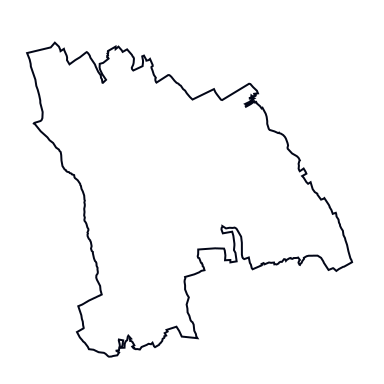 outline of Voinesti, Vaslui, Romania, rotated 176°
{"feature_id": "2599482B92497784274092", "entity_name": "Voinesti", "entity_type": "district", "adm_level": 2, "iso_a3": "ROU", "parent_name": "Romania", "parent_adm1": "Vaslui", "projection": "mercator", "projection_center": [27.426, 46.554], "detail": "fine", "context": "isolated", "style": "outline", "palette": "ink", "viewbox_px": 384, "rotation_deg": 176, "n_neighbors": 0, "source": "geoboundaries", "source_scale": "gbopen_adm2", "svg_char_len": 5984}
<svg xmlns="http://www.w3.org/2000/svg" viewBox="0 0 384 384"><g transform="rotate(176 192 192)"><path d="M345.0,271.3L343.9,270.6L338.7,263.1L332.4,256.6L330.4,253.5L327.1,250.6L324.5,245.8L321.8,243.6L321.3,242.3L320.2,241.0L319.9,238.0L320.0,232.5L319.4,226.9L317.5,223.4L316.3,222.6L316.2,222.0L315.1,220.9L313.2,220.3L312.6,219.4L311.4,219.0L310.8,218.6L310.6,218.0L308.4,217.1L308.2,214.9L307.8,214.1L305.2,211.7L303.0,207.9L302.9,206.7L302.4,205.9L302.0,202.8L300.9,200.2L299.8,196.0L299.8,191.8L299.5,191.0L300.1,189.0L299.8,187.4L299.9,185.6L300.7,182.7L300.6,179.5L301.2,176.2L300.7,173.9L301.3,171.8L301.2,170.7L300.1,169.0L299.5,167.4L298.8,163.9L298.0,162.4L298.0,161.2L299.1,158.8L298.7,157.8L299.2,156.8L299.2,155.2L298.3,152.7L296.9,150.8L296.9,150.2L296.4,149.2L295.9,145.0L296.7,142.5L296.1,140.2L295.0,139.0L295.2,138.1L294.4,132.6L293.6,130.0L292.7,128.9L292.3,127.7L292.3,125.0L291.5,122.9L291.7,121.4L291.5,118.7L291.8,117.3L293.2,115.5L293.5,113.2L293.0,111.2L290.2,104.7L290.1,100.5L289.2,96.0L302.3,90.9L309.3,87.4L313.4,86.0L311.0,76.8L310.7,73.1L310.0,70.3L309.9,66.7L309.5,64.0L309.6,63.6L316.5,60.3L314.0,54.7L311.6,51.5L311.2,50.7L309.4,49.0L306.7,44.8L305.8,42.4L301.2,41.5L296.3,38.7L291.1,37.7L289.5,36.6L287.2,34.1L286.3,33.5L283.7,33.5L282.1,33.9L277.9,34.3L275.9,37.0L278.4,38.7L278.4,39.0L275.9,39.2L275.3,42.3L274.7,43.0L274.8,45.5L275.4,48.9L275.2,49.9L271.0,48.8L272.1,43.8L273.4,41.5L270.2,41.4L269.7,45.3L268.5,47.7L267.0,48.7L266.2,52.0L265.5,53.1L263.0,49.9L264.3,49.6L263.9,48.5L264.1,47.8L262.8,47.4L261.8,46.4L260.2,43.0L262.4,41.9L261.6,40.7L260.6,40.5L260.7,39.9L259.4,39.2L257.3,39.1L255.0,38.5L253.1,40.9L247.9,42.6L245.9,43.6L243.5,43.0L241.9,44.4L240.6,40.7L239.7,39.8L235.4,41.9L234.8,43.0L234.0,43.4L232.1,45.5L231.5,47.6L229.9,48.4L229.6,49.0L229.7,50.0L227.8,50.6L229.1,53.1L226.1,54.5L227.0,56.2L216.9,58.7L214.5,54.3L212.3,48.5L196.8,45.8L197.8,47.7L198.0,50.0L199.4,53.4L199.6,59.6L200.6,62.1L201.6,62.9L202.4,64.3L203.3,68.8L204.8,72.2L204.7,76.0L205.2,80.1L202.5,87.1L204.1,90.2L205.7,95.3L205.4,99.2L205.7,102.9L205.4,104.8L204.7,106.2L204.9,107.7L195.4,109.7L190.4,111.4L188.1,112.7L185.0,113.1L185.6,116.1L186.6,117.5L186.4,118.3L187.1,120.2L187.4,120.1L188.0,120.9L189.4,125.5L190.5,126.0L190.8,127.5L190.2,129.5L189.8,134.2L173.0,134.2L164.0,133.3L163.4,131.4L163.1,126.4L163.8,121.6L158.5,121.5L158.6,119.1L152.3,119.7L152.9,128.3L154.2,131.1L153.4,135.8L153.3,137.5L153.8,145.5L154.5,148.8L154.7,149.6L164.1,148.6L165.2,152.4L165.0,154.0L164.2,155.0L164.1,155.9L160.6,153.3L157.0,153.7L154.0,153.3L151.9,153.5L150.3,152.4L149.8,151.6L146.1,144.0L145.8,137.9L146.6,125.9L146.3,123.5L145.8,122.4L144.6,121.4L139.9,122.7L139.2,117.2L138.3,115.4L137.7,111.9L136.9,110.7L128.3,113.7L128.4,113.9L127.1,114.4L127.5,115.4L125.5,116.1L124.7,114.8L120.1,116.3L118.0,115.8L115.1,115.9L114.9,114.1L113.8,114.2L112.6,113.8L110.8,114.6L110.0,115.5L108.7,116.2L107.2,116.0L104.8,118.6L103.6,118.2L103.1,116.8L102.5,117.5L99.4,119.1L98.1,119.3L97.7,118.6L96.3,118.3L95.3,119.0L91.7,118.9L90.7,119.2L89.1,116.7L90.2,115.4L90.7,114.0L89.8,111.9L89.4,111.7L88.7,112.9L87.5,113.8L86.9,115.2L84.9,117.5L85.0,118.5L82.2,119.9L79.9,120.3L71.1,119.7L67.8,117.3L65.8,113.5L65.4,112.2L61.2,104.7L56.6,106.2L56.0,105.8L53.5,103.2L50.8,104.9L46.5,106.8L45.5,106.9L37.2,110.8L37.7,112.9L38.6,114.8L40.1,122.0L41.0,128.4L42.3,133.3L42.6,135.3L43.9,138.4L44.2,142.8L45.6,145.3L46.6,147.8L46.7,149.3L47.5,151.2L47.8,154.3L49.5,157.4L49.7,160.1L50.0,161.2L53.1,160.4L54.2,164.3L55.7,167.2L55.6,167.4L56.3,169.4L60.4,176.7L61.2,176.1L63.8,175.4L67.1,180.7L67.1,181.6L69.5,183.3L71.4,186.4L73.0,193.5L75.6,192.1L77.2,193.9L79.6,198.5L81.0,200.2L76.6,202.3L77.3,204.3L79.0,207.6L83.0,205.2L83.5,206.1L84.0,207.8L83.5,210.8L83.7,212.7L82.6,215.8L82.2,216.0L83.2,218.4L83.8,219.2L84.9,220.4L89.5,223.5L93.5,228.5L93.6,229.6L92.9,231.8L93.3,234.2L94.6,238.7L95.5,240.5L97.0,242.4L99.2,244.0L100.8,244.6L101.0,245.1L102.0,244.8L105.5,246.7L110.2,248.5L111.0,249.6L112.2,254.7L112.0,257.5L112.3,261.9L113.0,264.9L115.8,271.1L116.7,270.5L118.1,272.8L121.1,275.8L121.7,277.3L122.8,276.8L123.3,278.0L127.3,275.6L132.2,273.3L132.4,273.8L131.4,274.2L131.2,274.9L129.0,275.6L124.9,278.2L125.1,279.1L131.9,275.4L132.8,276.1L128.3,277.9L126.8,279.1L124.4,280.0L124.3,280.7L123.4,281.1L124.2,281.6L127.8,281.2L127.8,281.8L125.2,282.0L125.4,282.4L126.8,282.3L125.6,282.8L126.2,283.0L126.0,284.1L125.2,283.3L122.4,283.3L121.8,283.6L121.6,284.2L121.8,284.5L122.9,284.5L123.1,285.6L119.3,285.8L120.2,288.5L123.7,292.3L126.2,295.6L127.5,296.0L155.5,281.6L156.7,282.1L160.2,287.4L161.7,289.9L162.9,293.1L185.0,284.2L187.4,286.8L190.3,290.8L191.8,293.6L193.7,295.3L195.7,298.8L197.1,299.8L197.9,300.9L199.8,302.0L201.7,304.2L204.6,308.4L206.3,310.1L207.6,310.3L219.8,303.6L220.3,304.3L220.7,305.8L220.7,307.5L220.1,308.4L221.9,311.6L222.9,315.9L223.8,318.7L223.7,319.6L222.4,320.4L222.4,321.5L224.6,327.7L226.0,326.6L228.3,326.2L228.5,327.2L230.4,331.4L232.2,330.8L231.7,326.6L231.8,325.0L232.5,321.0L242.1,317.3L242.4,317.6L243.3,319.0L243.4,320.2L241.8,323.0L241.2,324.9L240.6,329.0L240.9,330.4L241.6,331.1L242.4,333.0L246.8,338.8L251.4,336.6L252.3,338.4L255.2,342.1L258.2,339.9L258.1,342.3L266.0,338.5L266.1,338.0L265.7,337.6L266.0,336.4L266.6,336.1L266.2,335.5L266.4,335.1L266.2,334.1L267.1,333.7L267.2,332.3L266.4,332.0L265.9,330.9L271.6,327.0L275.1,326.3L275.5,322.5L275.1,320.3L273.2,315.6L269.9,309.9L273.3,307.1L273.7,307.3L274.0,310.7L274.8,312.3L274.9,314.7L277.1,318.3L279.2,323.6L279.9,326.0L284.0,333.1L284.5,335.2L285.9,337.6L287.2,338.9L288.2,338.4L294.4,334.2L299.1,331.8L305.3,327.9L307.5,332.2L307.2,334.7L307.5,336.7L309.5,342.2L309.8,343.7L313.3,341.7L313.5,343.1L314.6,346.3L318.4,350.5L322.8,346.1L346.8,342.1L344.7,335.5L344.0,331.0L344.0,328.4L340.4,315.0L339.9,308.7L338.8,304.9L337.7,299.3L337.0,294.1L337.1,291.3L335.4,282.2L336.1,276.1L337.0,274.3L338.1,273.4L344.5,271.9L345.0,271.3Z" fill="none" stroke="#020617" stroke-width="2"/></g></svg>